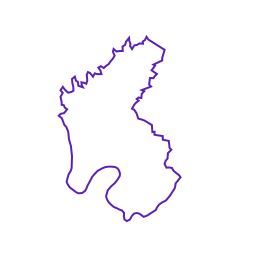 the district of Capitão Leônidas Marques, Paraná, Brazil, rotated 41°
{"feature_id": "56859067B12365936446127", "entity_name": "Capitão Leônidas Marques", "entity_type": "district", "adm_level": 2, "iso_a3": "BRA", "parent_name": "Brazil", "parent_adm1": "Paraná", "projection": "natural_earth1", "projection_center": [-53.601, -25.458], "detail": "fine", "context": "isolated", "style": "outline", "palette": "violet", "viewbox_px": 256, "rotation_deg": 41, "n_neighbors": 0, "source": "geoboundaries", "source_scale": "gbopen_adm2", "svg_char_len": 2301}
<svg xmlns="http://www.w3.org/2000/svg" viewBox="0 0 256 256"><g transform="rotate(41 128 128)"><path d="M175.0,116.0L172.5,115.8L167.3,111.0L161.9,114.0L159.5,111.3L155.6,113.8L152.4,115.7L150.5,113.4L149.1,115.1L144.1,110.1L135.4,111.6L132.3,112.8L129.6,114.2L124.6,111.2L120.9,110.2L118.4,110.8L117.5,106.7L117.4,104.0L118.1,100.4L115.5,100.4L116.0,98.0L118.4,96.7L116.0,93.2L116.1,89.6L113.5,90.4L118.2,81.6L115.5,81.4L111.8,75.9L114.5,73.7L114.2,71.4L114.4,68.3L108.0,69.0L107.5,63.2L105.6,63.5L109.5,54.6L107.7,52.5L105.7,47.8L104.3,45.0L85.3,47.9L82.2,47.0L83.1,50.7L82.4,53.1L84.0,54.6L81.3,56.5L80.3,59.3L78.6,61.5L79.3,65.8L75.9,64.8L74.7,62.9L71.7,61.3L69.7,59.3L69.9,64.2L71.3,67.1L70.4,70.1L73.5,73.3L70.7,75.9L69.1,77.8L65.3,77.8L66.7,80.4L70.5,82.2L71.1,85.9L71.1,89.6L71.5,92.4L70.6,95.9L70.4,98.6L66.9,99.2L66.0,101.9L69.3,102.6L72.6,104.8L69.2,107.7L67.1,108.5L67.9,112.2L63.4,111.4L61.1,112.1L62.0,115.0L63.6,116.4L66.2,119.0L67.5,122.0L65.4,122.6L62.9,124.1L65.1,126.1L67.2,126.9L62.9,128.7L59.9,126.1L57.6,126.4L54.2,124.1L53.6,127.8L56.7,130.7L59.7,132.8L62.4,135.7L61.6,137.9L59.7,140.6L55.2,140.5L51.8,139.7L52.3,143.8L55.7,144.3L56.6,148.7L60.8,151.9L62.7,154.0L64.6,152.9L67.0,154.1L69.8,153.8L70.0,158.6L67.8,161.7L67.7,164.2L71.7,164.0L77.9,167.4L80.7,167.7L85.3,170.0L90.7,175.1L96.8,179.1L99.8,181.9L104.3,186.1L111.8,195.3L112.9,197.9L113.5,201.7L115.6,206.3L117.1,209.0L119.0,209.9L122.9,211.0L126.3,210.8L131.0,210.5L133.7,209.6L136.0,207.2L136.9,203.7L136.3,200.8L135.3,198.2L133.9,192.0L133.0,188.2L133.0,184.2L133.2,180.3L135.1,175.1L136.5,172.5L138.4,170.2L141.4,167.6L143.8,166.0L145.9,165.4L147.8,165.5L149.8,166.4L152.0,167.8L153.3,169.8L154.0,174.2L154.2,178.2L153.5,183.6L153.6,188.3L156.1,193.7L158.0,195.2L160.8,196.3L163.0,196.8L165.5,197.0L169.3,196.9L172.4,195.8L174.6,195.3L177.7,194.2L180.7,194.7L183.0,197.5L185.3,199.3L188.2,199.0L189.5,195.8L188.6,191.9L188.7,188.6L190.3,186.5L192.3,185.4L194.3,185.0L198.1,184.8L200.0,181.3L201.6,175.6L202.8,171.7L201.9,168.5L201.7,165.4L202.6,161.6L204.2,157.9L204.1,151.9L202.9,143.1L201.6,140.5L200.3,138.7L200.0,130.7L197.1,130.1L193.8,130.4L190.4,130.4L187.4,129.3L184.5,131.1L183.1,132.7L179.2,131.2L177.9,127.9L177.9,125.1L174.6,120.8L175.0,116.0Z" fill="none" stroke="#5b21b6" stroke-width="2"/></g></svg>